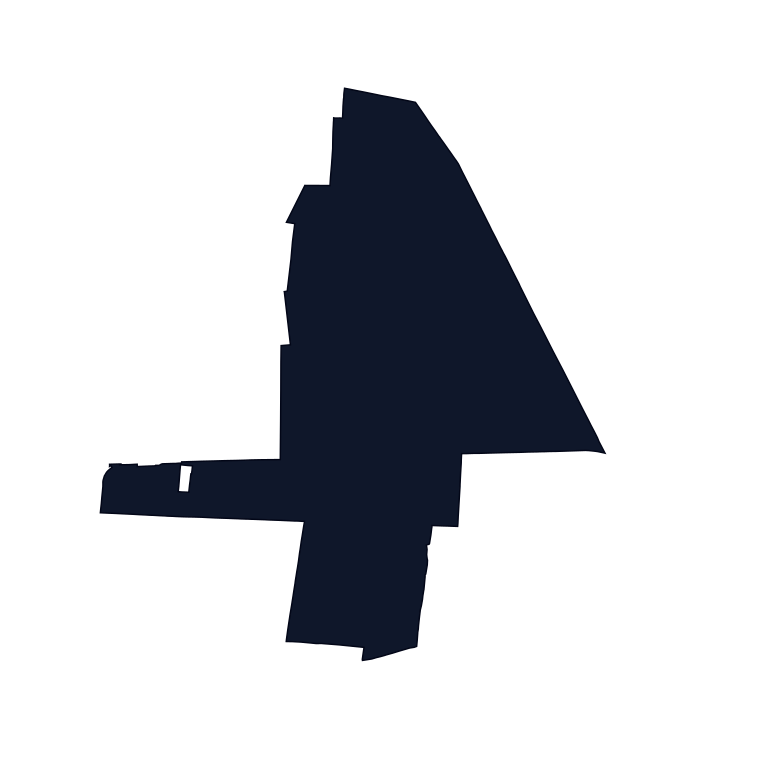 Tomsani, Prahova, Romania (Mercator projection), rotated 200°
{"feature_id": "2599482B53047935448287", "entity_name": "Tomsani", "entity_type": "district", "adm_level": 2, "iso_a3": "ROU", "parent_name": "Romania", "parent_adm1": "Prahova", "projection": "mercator", "projection_center": [26.313, 44.945], "detail": "fine", "context": "isolated", "style": "filled", "palette": "ink", "viewbox_px": 768, "rotation_deg": 200, "n_neighbors": 0, "source": "geoboundaries", "source_scale": "gbopen_adm2", "svg_char_len": 4779}
<svg xmlns="http://www.w3.org/2000/svg" viewBox="0 0 768 768"><g transform="rotate(200 384 384)"><path d="M522.2,648.4L521.5,645.4L521.2,644.0L520.8,642.6L520.5,641.6L520.1,640.5L519.7,639.2L519.5,637.9L519.1,636.6L518.7,635.1L518.3,633.8L517.6,631.3L515.7,625.5L513.9,619.7L514.8,619.3L515.5,619.1L516.0,619.0L516.4,618.9L517.3,618.5L519.1,617.8L521.0,617.1L522.3,616.9L521.8,615.3L521.4,614.2L521.1,613.0L520.7,611.7L520.3,610.5L520.2,610.2L518.3,603.9L514.4,592.4L512.7,587.6L508.3,572.3L505.4,561.5L505.0,560.0L502.6,552.0L526.3,543.5L526.3,543.2L531.0,502.6L522.7,504.2L518.7,486.6L514.0,469.2L508.7,446.7L506.7,438.2L508.5,437.1L509.3,436.7L509.1,436.4L485.3,388.8L493.8,384.9L488.3,369.2L479.0,343.4L468.2,313.1L455.6,277.5L473.2,270.9L483.3,267.0L488.4,264.9L497.5,261.3L507.6,257.4L517.2,253.6L529.2,248.9L538.7,245.1L542.2,243.7L544.4,242.8L547.5,241.6L547.2,240.1L546.8,238.7L543.7,239.5L540.5,240.3L536.0,241.6L534.9,237.3L534.1,233.6L534.7,233.5L534.2,231.2L533.2,227.4L532.3,223.2L530.4,215.5L537.3,213.3L540.6,212.4L541.8,217.4L545.1,229.3L546.5,234.3L547.0,236.3L548.0,240.1L548.7,239.8L550.2,239.2L551.7,238.5L552.4,238.1L553.2,237.8L554.9,237.2L557.2,236.3L559.4,235.4L562.4,234.2L564.7,233.3L565.3,232.9L565.9,232.5L566.3,232.0L566.8,231.4L567.1,231.0L567.5,230.7L568.2,230.3L569.3,230.0L570.6,229.5L570.5,229.2L572.2,228.3L575.3,227.1L584.5,223.3L587.6,222.0L588.5,224.2L595.5,221.2L597.6,220.4L600.9,219.1L604.4,217.9L604.2,218.7L605.3,218.3L610.1,216.4L614.4,214.7L613.8,213.1L613.7,212.7L612.8,213.7L612.6,213.8L611.8,213.2L611.4,213.0L611.0,212.7L611.4,212.1L612.7,209.9L613.5,208.5L614.3,206.7L614.7,205.2L615.0,203.4L615.3,202.0L615.2,200.7L615.1,198.9L615.0,197.4L614.8,196.5L614.6,195.7L614.1,194.4L613.7,193.3L613.0,191.3L612.7,190.0L611.9,187.0L610.6,181.9L608.7,174.9L607.4,169.6L606.5,166.0L601.4,167.6L592.9,170.3L583.8,173.1L575.5,175.7L569.8,177.4L562.7,179.6L558.7,180.8L556.0,181.7L550.0,183.5L544.6,185.2L542.7,185.7L536.8,187.6L534.1,188.4L528.1,190.3L523.0,192.0L517.8,193.8L513.3,195.3L510.0,196.4L505.1,197.9L500.6,199.3L496.7,200.5L492.7,201.8L485.7,204.1L479.1,206.2L474.8,207.6L472.4,208.3L470.6,208.9L468.4,209.6L465.5,210.6L463.2,211.3L459.3,212.6L457.1,213.3L454.6,214.1L449.7,215.7L445.1,217.1L441.4,218.3L437.4,219.6L434.0,220.7L431.1,221.6L427.0,222.9L421.2,224.7L419.8,225.2L417.4,226.0L414.2,226.9L411.8,227.8L411.6,227.2L411.4,226.2L410.8,222.8L409.8,217.7L409.0,213.6L408.7,212.0L407.8,207.3L407.0,203.6L406.2,199.8L405.6,196.6L403.7,188.1L402.4,181.5L401.8,178.1L401.0,174.1L400.0,168.9L399.3,165.8L397.9,158.5L396.7,152.6L395.8,147.9L395.4,146.0L393.4,135.2L390.3,119.9L388.3,110.7L387.8,108.6L387.1,108.8L384.6,109.7L382.0,110.6L373.8,113.1L362.7,116.0L359.1,116.9L357.2,117.6L354.1,118.8L351.8,119.4L348.6,120.3L337.1,123.5L324.9,126.6L312.7,129.7L310.2,117.8L309.7,116.9L306.6,118.6L301.4,121.5L297.5,124.4L294.3,126.5L290.4,129.3L289.7,129.9L283.7,134.2L278.3,138.3L273.8,141.6L269.6,144.7L265.6,146.9L263.6,148.6L263.8,149.4L265.3,155.1L267.1,161.4L267.3,161.9L268.0,165.5L268.9,168.6L270.8,176.3L272.6,184.0L273.1,188.6L274.2,194.8L275.1,198.4L275.9,202.6L276.1,203.2L276.1,204.1L279.5,217.1L279.9,217.7L280.0,218.3L279.8,219.8L281.5,228.9L282.9,233.4L283.6,234.4L284.8,236.7L285.6,238.4L286.9,243.1L287.6,244.5L289.1,247.3L288.7,247.6L286.9,248.8L286.7,249.6L288.3,258.1L289.9,264.9L290.1,266.1L290.7,267.4L280.8,270.6L274.5,272.7L272.9,273.2L270.4,274.0L267.0,275.1L266.1,275.4L266.9,278.3L269.0,285.0L271.8,294.4L276.3,309.5L277.5,313.6L278.3,315.9L281.7,327.0L284.5,336.4L285.4,339.0L286.9,343.8L287.0,344.2L287.3,345.1L282.5,346.9L277.1,349.1L269.9,351.8L262.6,354.7L246.6,361.0L232.7,366.4L225.3,369.4L216.5,372.8L214.6,373.6L209.9,375.4L205.2,377.3L199.4,379.5L196.4,380.7L174.0,389.7L172.0,390.5L168.8,391.5L163.3,392.9L160.1,393.6L153.6,394.5L152.7,394.6L155.0,396.7L157.6,399.1L162.4,403.5L165.1,406.5L169.9,411.0L175.2,415.8L180.3,420.6L184.0,424.0L189.3,428.9L194.1,433.4L203.9,442.6L220.6,458.2L236.6,472.8L257.7,492.5L267.7,501.6L289.4,522.2L289.7,522.5L291.5,524.4L295.5,528.1L303.2,535.3L308.7,540.6L313.7,545.3L316.8,548.0L319.0,550.1L320.6,551.5L325.0,555.6L328.2,558.7L332.0,562.2L335.4,565.3L339.8,569.6L342.2,571.8L348.0,577.3L352.3,581.3L352.9,582.0L355.2,584.1L359.1,587.7L361.3,589.8L363.4,591.8L367.5,595.6L369.8,597.8L372.9,600.7L374.6,602.3L377.2,604.7L379.0,606.4L382.8,609.9L386.0,613.0L388.9,615.8L389.6,616.4L392.0,618.2L395.1,620.3L397.8,622.2L401.6,624.9L403.0,625.8L405.4,627.5L410.7,631.2L414.0,633.4L416.2,635.0L417.4,635.7L422.4,639.3L427.1,642.5L432.2,646.1L436.0,648.9L439.6,651.5L445.4,655.6L450.8,659.4L455.8,658.7L457.8,658.4L476.0,655.6L484.8,654.1L490.4,653.3L503.8,651.3L510.0,650.3L516.7,649.3L522.2,648.4Z" fill="#0f172a" stroke="#020617" stroke-width="1.5"/></g></svg>